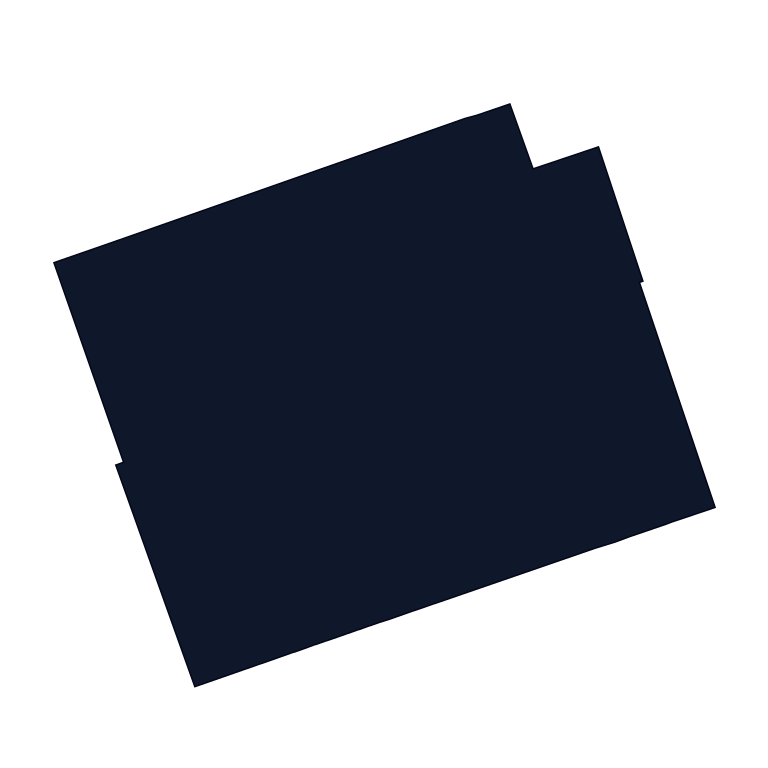 the district of Logan, Colorado, United States of America, rotated 161°
{"feature_id": "52423323B37664223028428", "entity_name": "Logan", "entity_type": "district", "adm_level": 2, "iso_a3": "USA", "parent_name": "United States of America", "parent_adm1": "Colorado", "projection": "orthographic", "projection_center": [-103.051, 40.719], "detail": "fine", "context": "isolated", "style": "filled", "palette": "ink", "viewbox_px": 768, "rotation_deg": 161, "n_neighbors": 0, "source": "geoboundaries", "source_scale": "gbopen_adm2", "svg_char_len": 819}
<svg xmlns="http://www.w3.org/2000/svg" viewBox="0 0 768 768"><g transform="rotate(161 384 384)"><path d="M587.1,606.4L656.6,606.2L655.7,394.8L664.0,394.7L663.6,359.8L661.4,159.4L609.9,159.6L600.9,159.6L593.7,159.7L589.6,159.6L557.5,159.9L555.7,159.7L546.0,159.8L544.3,159.8L534.4,160.1L533.2,159.9L522.5,160.0L521.5,159.9L511.1,159.9L510.1,159.9L499.6,160.0L498.7,159.9L488.2,160.1L487.2,159.9L478.3,160.1L477.7,160.1L476.6,160.1L475.9,160.0L465.3,160.1L464.5,160.0L454.1,159.8L453.0,159.8L431.0,160.0L428.2,159.9L419.5,159.9L418.6,159.9L408.4,160.0L407.7,159.9L237.1,160.0L235.7,159.9L225.5,159.6L216.8,159.3L201.9,159.7L163.2,159.6L156.7,159.8L111.1,159.5L109.4,396.9L105.7,396.9L104.0,538.4L173.0,538.9L173.8,607.8L209.0,607.9L221.0,608.7L587.1,606.4Z" fill="#0f172a" stroke="#020617" stroke-width="1.5"/></g></svg>